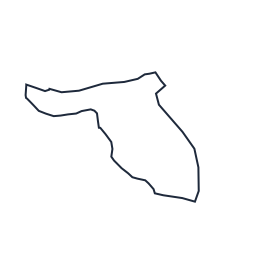 an SVG outline of Gazi Baba, rotated 139°
{"feature_id": "MKD-2929", "entity_name": "Gazi Baba", "entity_type": "Municipality", "adm_level": 1, "iso_a3": "MKD", "parent_name": "North Macedonia", "parent_adm1": "", "projection": "natural_earth1", "projection_center": [21.524, 42.006], "detail": "fine", "context": "isolated", "style": "outline", "palette": "slate", "viewbox_px": 256, "rotation_deg": 139, "n_neighbors": 0, "source": "natural_earth", "source_scale": "10m", "svg_char_len": 846}
<svg xmlns="http://www.w3.org/2000/svg" viewBox="0 0 256 256"><g transform="rotate(139 128 128)"><path d="M72.1,137.2L72.1,135.6L84.3,135.6L89.4,125.3L89.4,111.2L89.4,100.9L89.4,89.3L91.5,68.8L100.7,52.1L115.9,34.1L125.8,28.5L133.0,39.5L145.5,54.1L150.6,61.1L148.8,65.1L148.8,72.8L149.3,77.2L154.1,83.6L157.0,88.0L157.6,93.7L159.2,101.8L159.9,112.6L159.4,117.3L153.5,122.4L149.8,128.4L149.0,138.2L148.8,146.3L149.8,147.3L146.3,152.7L141.8,159.4L142.0,163.1L143.9,166.5L151.9,171.2L157.6,172.9L164.3,177.6L170.7,181.6L176.3,185.7L180.6,192.8L184.1,199.5L184.4,207.6L184.9,216.4L185.2,217.6L183.7,220.0L176.9,226.8L176.3,227.5L171.0,218.4L166.4,210.3L162.4,208.6L161.6,209.1L154.7,198.6L140.5,188.3L118.0,178.0L100.6,165.2L88.4,158.7L80.2,157.5L76.2,154.9L70.8,152.0L72.1,142.0L72.1,137.2Z" fill="none" stroke="#1e293b" stroke-width="2"/></g></svg>